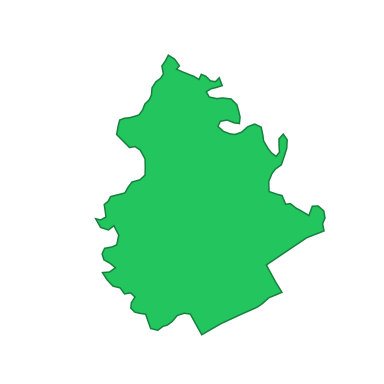 Pinhalzinho, Santa Catarina, Brazil, rotated 337°
{"feature_id": "56859067B38022079908277", "entity_name": "Pinhalzinho", "entity_type": "district", "adm_level": 2, "iso_a3": "BRA", "parent_name": "Brazil", "parent_adm1": "Santa Catarina", "projection": "equal_earth", "projection_center": [-52.972, -26.82], "detail": "fine", "context": "isolated", "style": "filled", "palette": "green", "viewbox_px": 384, "rotation_deg": 337, "n_neighbors": 0, "source": "geoboundaries", "source_scale": "gbopen_adm2", "svg_char_len": 1911}
<svg xmlns="http://www.w3.org/2000/svg" viewBox="0 0 384 384"><g transform="rotate(337 192 192)"><path d="M278.0,241.1L273.4,239.9L273.5,230.4L269.5,227.4L263.1,221.7L266.8,212.2L272.9,206.2L277.7,203.5L284.8,201.9L291.1,194.9L296.2,188.9L300.0,181.2L298.6,174.4L292.9,177.0L290.6,182.4L288.0,189.6L283.3,192.1L280.3,186.8L278.9,181.2L277.9,173.0L279.5,167.0L281.0,159.4L276.3,154.0L269.0,153.7L261.0,156.3L254.2,155.9L249.8,153.4L244.6,148.5L241.5,141.7L245.7,138.0L252.5,139.5L257.7,144.7L262.4,147.5L265.5,141.8L266.5,136.1L267.4,129.2L264.3,121.6L256.7,117.3L251.3,115.7L245.0,111.3L244.3,105.3L250.0,104.4L255.1,105.3L261.4,105.9L261.7,97.5L256.8,99.6L252.3,96.9L250.0,90.9L246.5,87.3L242.4,91.2L239.1,86.5L235.4,82.9L230.4,77.9L225.7,72.9L229.7,71.0L227.9,62.9L223.7,56.8L218.6,61.0L213.5,64.2L211.8,72.2L207.4,75.1L201.9,76.4L195.9,80.5L192.6,86.8L188.8,90.3L182.9,92.7L178.7,97.1L173.5,100.3L168.6,99.9L163.8,99.3L158.5,97.7L153.6,97.5L149.5,102.8L145.1,109.7L151.9,126.7L157.3,127.9L160.8,133.3L161.7,143.3L158.4,151.5L155.4,158.1L148.9,160.4L140.6,159.4L134.8,162.8L130.0,166.6L125.3,166.0L119.9,165.1L115.3,164.4L111.2,167.8L106.3,169.2L104.8,175.1L103.0,181.4L96.9,182.0L92.9,179.0L94.0,188.9L100.3,194.3L106.9,192.5L107.7,203.1L102.1,211.2L96.9,211.3L89.6,209.7L85.1,213.8L84.4,220.0L88.6,225.4L91.9,231.8L84.7,233.4L78.1,231.2L79.5,239.5L82.5,247.8L88.4,252.2L90.1,259.5L96.1,260.9L98.5,266.3L92.8,270.4L90.3,275.1L92.4,280.2L96.4,283.2L101.6,286.4L101.1,293.6L100.6,301.5L106.5,305.9L112.9,304.3L117.4,304.9L123.3,303.4L130.2,299.9L137.5,300.6L142.7,303.7L145.2,327.2L167.2,324.5L188.8,323.8L206.9,323.5L213.3,322.2L221.3,319.4L235.6,319.5L233.9,308.5L231.9,288.2L247.3,285.2L260.6,282.6L269.0,281.0L279.6,278.9L298.3,279.4L299.8,272.3L304.3,267.8L305.9,260.9L302.6,254.1L297.2,252.1L290.4,259.3L285.0,251.9L281.5,247.5L278.0,241.1Z" fill="#22c55e" stroke="#15803d" stroke-width="1.5"/></g></svg>